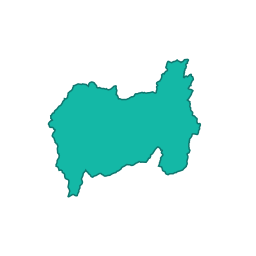 the district of Rodriguez de Mendoza, Amazonas, Peru, rotated 46°
{"feature_id": "86281439B72683184025265", "entity_name": "Rodriguez de Mendoza", "entity_type": "district", "adm_level": 2, "iso_a3": "PER", "parent_name": "Peru", "parent_adm1": "Amazonas", "projection": "robinson", "projection_center": [-77.448, -6.363], "detail": "fine", "context": "isolated", "style": "filled", "palette": "teal", "viewbox_px": 256, "rotation_deg": 46, "n_neighbors": 0, "source": "geoboundaries", "source_scale": "gbopen_adm2", "svg_char_len": 5833}
<svg xmlns="http://www.w3.org/2000/svg" viewBox="0 0 256 256"><g transform="rotate(46 128 128)"><path d="M87.4,190.3L88.7,190.3L89.6,190.5L90.2,190.2L90.6,190.1L91.1,190.6L91.6,190.6L92.6,191.2L93.5,192.9L94.5,193.8L95.6,194.6L96.8,195.7L97.7,196.0L98.7,195.7L99.2,196.3L100.2,196.6L100.7,197.5L101.3,198.1L101.9,200.7L102.4,201.9L103.2,202.5L104.0,203.8L104.3,205.0L105.6,206.3L106.7,205.7L107.6,205.6L109.0,206.1L110.6,207.0L111.2,206.2L111.5,205.5L113.0,205.1L114.4,206.1L116.0,205.6L117.2,205.8L117.6,206.0L118.2,206.6L119.2,207.4L120.7,208.0L121.7,207.8L123.5,207.0L124.1,207.0L124.9,207.2L126.4,208.7L128.8,212.1L129.9,212.5L131.2,212.8L132.9,213.7L135.7,218.7L136.1,218.6L136.4,218.1L137.3,214.2L138.2,213.2L139.6,213.0L140.4,212.6L141.2,211.9L141.3,211.4L140.5,210.2L139.6,207.5L138.7,206.8L138.4,206.3L137.8,204.4L136.2,202.8L136.1,202.3L136.3,200.6L136.0,199.5L135.6,198.7L134.8,198.0L132.6,197.1L132.1,196.6L131.0,193.7L129.5,191.6L129.3,188.4L129.0,187.7L130.5,188.0L131.6,187.7L133.8,188.1L134.9,187.8L135.4,187.8L137.1,188.2L138.6,187.8L139.0,186.9L138.9,186.4L139.2,185.4L140.0,184.0L140.7,180.9L140.8,180.4L141.6,179.4L142.0,179.0L142.3,178.9L142.8,179.0L143.8,178.9L144.8,178.4L145.9,178.4L146.3,178.2L147.2,177.3L148.1,175.5L149.4,173.9L149.8,171.6L150.7,169.2L151.6,167.7L151.5,166.0L152.2,164.6L152.6,161.5L152.2,160.4L152.1,159.7L152.4,158.5L152.9,157.1L153.5,154.1L154.1,153.8L155.9,152.1L156.3,151.8L157.0,151.8L157.6,151.2L158.0,150.6L158.3,150.0L158.6,148.7L158.8,146.8L159.6,144.8L159.8,143.3L161.5,142.6L162.1,141.7L165.2,138.8L164.8,136.1L164.1,134.2L164.3,133.7L164.7,133.4L164.7,132.7L164.1,131.5L163.1,130.5L163.5,128.2L162.3,123.2L162.2,121.6L162.2,119.9L162.7,119.5L163.1,119.3L164.7,119.1L165.4,119.1L166.6,119.8L167.3,119.1L167.7,119.0L168.1,119.1L168.5,120.5L169.0,121.2L169.3,121.3L170.9,121.2L171.7,121.7L172.2,125.3L172.4,125.6L173.0,125.8L173.9,127.2L174.0,127.9L174.7,128.6L174.9,129.5L175.8,130.4L176.6,132.5L179.3,130.9L181.0,131.6L182.4,132.5L182.8,132.6L185.4,131.8L185.9,131.9L186.6,132.4L187.5,132.5L189.3,131.7L189.7,131.1L189.6,130.4L189.7,130.0L192.2,127.3L192.4,126.9L192.5,125.5L193.5,124.5L193.7,122.8L195.0,120.4L196.2,117.8L196.0,116.2L196.1,112.8L195.6,112.3L195.2,110.9L194.7,110.1L192.8,108.8L191.1,105.8L190.2,104.8L189.4,104.3L188.6,104.1L187.7,103.5L187.7,103.0L188.2,101.2L187.0,98.9L185.5,98.6L184.4,97.6L183.4,97.1L182.7,96.2L181.3,95.0L180.9,93.8L180.5,93.4L180.0,93.2L179.5,92.1L178.9,91.6L178.7,91.2L178.6,90.8L178.6,89.9L178.2,87.9L177.1,86.2L177.1,85.8L177.3,85.4L178.7,84.1L180.7,82.8L180.9,82.2L180.1,80.4L178.9,79.0L178.6,77.5L178.0,76.7L177.2,76.3L176.2,74.0L175.9,73.7L174.9,73.2L174.5,73.4L173.9,74.5L173.0,74.7L172.4,74.7L171.0,73.8L169.8,72.5L169.6,72.0L168.6,71.8L167.7,72.1L166.2,71.9L165.3,72.0L164.2,72.7L163.6,72.8L163.4,72.7L162.0,70.9L161.5,70.6L159.0,70.6L158.6,70.4L158.0,70.0L157.0,68.9L155.6,68.7L155.0,68.1L154.0,66.6L153.8,66.4L152.7,66.2L152.2,65.3L149.1,65.9L149.0,65.5L149.1,64.4L148.0,59.8L147.8,59.1L147.1,58.0L146.5,56.4L146.4,55.5L146.2,55.3L144.3,55.8L143.0,56.8L141.6,57.3L141.1,56.6L141.0,55.4L140.5,54.5L141.2,53.2L140.3,52.6L139.7,51.8L139.2,50.3L138.8,49.7L138.6,47.6L138.3,47.1L136.3,46.0L135.9,46.0L135.0,46.4L133.9,45.8L133.6,45.4L133.1,45.4L132.6,46.6L132.5,49.6L132.4,49.8L131.1,50.0L130.9,50.3L130.7,51.1L130.8,52.6L130.2,52.8L129.7,52.4L129.0,51.2L128.2,50.3L128.1,49.9L127.4,49.8L127.2,48.7L126.4,48.3L126.1,47.2L125.1,45.9L125.2,44.9L124.5,43.8L124.2,43.2L123.0,42.8L122.4,42.2L122.4,41.1L122.6,40.4L122.6,40.1L121.6,39.4L121.5,39.0L121.5,37.9L121.0,37.3L120.4,37.3L120.0,37.5L118.1,39.9L118.3,42.4L117.7,43.5L117.8,44.1L117.7,44.4L116.5,44.5L114.7,45.3L113.2,45.4L113.0,47.2L112.6,48.1L111.8,49.2L111.4,51.0L111.2,51.3L109.3,52.3L108.4,52.4L107.9,53.1L108.4,54.6L109.5,56.6L110.3,57.4L110.4,58.3L110.6,58.6L111.3,58.9L112.3,58.8L113.1,58.9L113.9,59.6L114.0,60.2L113.5,61.6L113.7,62.9L114.2,64.4L113.3,64.8L113.2,67.0L114.1,67.5L115.4,69.3L115.8,70.5L116.3,72.6L115.6,74.3L115.4,75.8L115.7,76.4L116.4,76.9L117.9,76.9L118.2,77.4L118.1,78.6L118.8,79.3L119.7,79.7L120.6,80.8L121.0,81.8L122.1,83.1L122.1,83.4L122.0,83.9L121.1,84.6L119.8,84.9L119.1,85.2L117.8,87.7L116.0,89.9L115.8,90.5L115.0,91.2L113.8,91.6L113.4,92.7L112.6,92.8L111.9,93.5L111.1,95.3L110.7,95.5L110.5,95.9L110.0,97.4L108.8,98.7L108.6,99.0L108.7,99.8L109.2,101.1L109.2,102.0L108.7,103.1L108.1,103.7L107.5,105.7L107.4,107.0L106.9,107.8L106.5,109.1L105.7,110.2L105.0,110.8L103.2,112.8L101.2,113.6L100.4,114.6L98.9,113.7L97.4,113.1L97.0,113.3L96.3,113.0L95.7,113.3L94.9,112.1L94.0,111.3L93.6,110.3L93.2,109.9L92.6,109.6L91.9,109.6L91.4,109.0L90.4,108.4L89.9,107.6L89.4,107.4L88.8,108.0L88.1,109.6L88.3,110.4L88.0,113.7L86.9,115.6L85.6,116.2L84.7,116.3L84.7,116.7L84.5,117.1L82.7,118.0L81.9,119.0L80.3,120.1L79.4,120.2L79.0,120.5L78.8,121.1L77.9,122.1L76.6,122.1L76.3,121.6L75.8,121.3L73.6,121.1L73.0,121.3L72.3,120.9L71.0,121.3L70.0,121.9L69.5,122.4L69.2,123.3L69.0,123.7L68.9,124.4L69.1,125.5L70.3,127.2L70.4,127.5L69.6,127.4L69.1,127.8L67.8,127.8L64.7,130.1L64.5,131.1L61.6,133.3L60.4,136.8L59.9,137.6L59.8,138.1L60.6,138.8L60.7,139.7L61.4,140.8L61.7,142.3L61.7,142.9L61.4,144.0L61.4,146.0L61.2,146.3L61.6,147.2L62.5,148.1L62.9,149.1L64.1,150.4L63.9,152.5L63.6,152.8L62.7,153.3L63.5,154.2L63.7,154.8L63.6,155.9L64.0,157.2L64.4,157.8L65.0,160.7L64.4,162.6L65.0,166.0L64.8,167.8L64.8,169.0L65.7,170.7L65.5,171.3L65.1,171.6L65.1,171.9L65.2,172.9L65.7,174.2L65.5,175.1L66.6,175.9L67.4,176.8L69.5,176.9L69.8,177.0L69.3,178.3L69.2,180.0L69.4,181.5L69.9,182.5L70.5,182.7L71.1,182.7L72.2,183.4L73.2,183.6L73.7,183.3L75.1,181.9L75.6,181.7L76.5,181.8L77.5,182.2L77.8,182.1L78.1,181.7L78.7,181.7L79.0,182.1L79.5,183.4L79.7,185.5L81.0,188.0L81.7,188.2L84.2,188.3L85.5,189.2L86.5,189.4L87.0,189.7L87.4,190.3Z" fill="#14b8a6" stroke="#0f766e" stroke-width="1.5"/></g></svg>